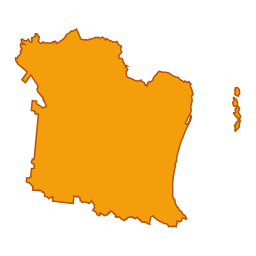 Hinchinbrook, Queensland, Australia (Robinson projection)
{"feature_id": "25037944B17459590153092", "entity_name": "Hinchinbrook", "entity_type": "district", "adm_level": 2, "iso_a3": "AUS", "parent_name": "Australia", "parent_adm1": "Queensland", "projection": "robinson", "projection_center": [146.068, -18.658], "detail": "fine", "context": "isolated", "style": "filled", "palette": "amber", "viewbox_px": 256, "rotation_deg": 0, "n_neighbors": 0, "source": "geoboundaries", "source_scale": "gbopen_adm2", "svg_char_len": 5702}
<svg xmlns="http://www.w3.org/2000/svg" viewBox="0 0 256 256"><path d="M21.1,39.7L21.5,40.2L21.3,41.3L21.7,42.2L24.5,44.3L20.6,43.8L20.4,46.1L21.9,49.2L21.1,49.8L21.2,51.0L20.3,51.5L20.7,52.9L20.4,54.1L18.0,56.4L17.2,58.1L16.6,58.3L15.7,57.9L15.4,58.9L16.3,61.8L17.4,61.9L17.3,63.5L27.4,72.0L21.9,79.7L25.4,82.7L30.9,75.0L37.6,85.2L37.9,87.0L36.9,89.2L37.6,90.4L37.9,92.1L39.1,92.9L39.3,93.9L40.1,94.2L40.5,94.9L41.0,95.1L41.1,96.0L43.3,97.5L42.9,98.9L43.4,99.2L43.4,100.6L44.2,100.8L44.1,101.5L44.8,102.2L45.5,104.5L46.5,105.8L45.7,107.0L44.9,107.0L44.1,107.5L43.2,107.5L43.0,107.9L36.4,103.6L36.7,101.2L32.3,100.7L31.3,110.5L34.2,110.9L34.3,111.5L35.3,112.3L35.0,113.8L38.4,114.2L34.2,158.5L33.8,158.5L33.7,159.2L32.3,159.2L32.4,160.5L31.7,160.9L31.3,162.4L32.4,163.6L33.4,163.7L34.1,165.0L34.4,165.8L34.0,166.6L34.2,168.3L32.0,168.7L31.5,168.6L30.8,175.5L31.2,176.2L31.0,176.9L29.5,177.5L29.3,178.0L27.6,178.1L26.9,177.8L26.5,178.3L26.8,178.9L26.3,181.4L27.4,182.6L29.3,182.6L29.5,183.2L31.0,184.3L31.9,185.8L32.9,186.2L32.6,190.1L38.0,190.5L39.0,190.8L39.4,189.9L41.2,190.7L41.2,191.1L41.8,191.4L42.3,192.2L43.3,191.8L44.2,193.0L44.6,194.4L44.7,196.2L47.6,197.2L48.8,198.7L50.1,197.6L51.8,197.3L52.5,196.6L52.8,196.7L52.5,201.1L73.2,203.5L73.9,195.8L76.6,197.0L77.1,197.0L77.1,196.7L78.0,196.2L79.8,198.2L80.4,198.3L80.1,199.2L80.2,200.5L81.4,201.2L81.6,202.0L82.1,202.4L85.2,201.8L86.6,202.6L88.4,202.9L88.7,203.3L89.5,203.2L91.5,200.6L91.9,201.7L94.3,204.6L94.4,208.0L93.3,209.2L92.8,210.4L95.3,211.5L96.4,212.9L96.7,214.3L98.8,215.7L99.5,215.5L100.0,214.9L99.7,213.4L100.4,212.9L101.8,214.1L103.0,214.5L104.5,215.7L105.7,214.8L106.2,215.0L107.5,214.9L108.4,212.8L108.9,213.2L110.1,212.4L110.5,211.0L110.8,211.0L112.7,211.9L113.3,212.6L113.5,213.8L115.0,214.2L115.7,215.6L115.2,216.4L115.5,216.9L115.8,217.0L116.5,216.4L117.1,217.3L117.6,217.5L118.6,216.6L119.3,216.5L119.8,217.5L121.8,219.3L124.3,220.4L125.1,220.1L125.8,218.8L126.8,219.1L126.8,218.2L129.0,217.2L130.4,217.2L130.8,216.8L131.7,217.3L133.1,217.1L133.8,218.2L135.0,218.3L135.4,218.7L135.9,218.5L136.3,217.6L137.1,217.0L138.1,218.2L138.3,219.0L138.8,219.0L140.3,219.9L140.2,220.2L140.7,220.1L140.9,221.2L141.4,221.7L142.1,221.7L142.5,222.3L143.7,221.9L145.1,222.5L145.5,222.1L148.2,223.9L149.8,224.1L149.4,223.2L149.8,222.0L149.5,221.4L150.7,219.5L149.9,218.4L150.8,217.1L153.0,215.7L154.2,217.4L157.4,220.0L164.2,223.5L166.6,223.9L167.4,224.3L168.7,226.7L169.6,226.2L171.7,226.4L172.9,226.9L174.2,225.8L174.8,226.5L176.2,226.8L176.3,225.5L177.2,223.5L176.7,222.1L177.0,221.0L177.8,220.8L178.9,221.8L179.5,222.0L181.6,220.8L181.7,218.9L182.3,218.3L184.0,218.4L185.4,219.1L186.7,218.8L184.8,215.2L183.4,214.7L181.1,211.4L179.3,210.0L178.3,207.8L177.0,206.9L175.0,202.7L175.0,200.8L174.6,199.1L173.5,198.8L172.5,195.1L172.8,193.9L172.6,183.8L173.4,175.8L175.5,165.1L175.5,164.4L175.2,164.0L175.5,162.8L176.2,162.2L176.7,158.9L176.6,157.4L180.3,143.7L186.0,129.4L190.6,120.1L191.4,116.5L191.0,115.7L190.1,117.9L189.9,119.8L188.4,123.0L187.0,124.1L185.4,123.7L185.5,122.3L186.7,121.0L187.7,118.2L190.8,112.5L191.2,110.7L191.1,109.4L190.8,109.2L190.9,106.1L192.2,100.9L191.5,95.9L193.1,94.7L192.9,93.0L192.4,92.2L192.0,90.2L190.3,85.9L190.2,85.2L190.9,84.3L190.9,83.7L189.4,82.8L189.5,82.0L188.1,81.7L188.0,82.4L186.8,82.3L185.0,81.0L185.0,81.4L183.7,82.1L182.3,80.8L180.5,79.9L178.3,77.5L175.4,76.9L172.7,75.6L168.6,72.9L165.5,72.2L162.7,72.2L159.3,71.2L157.6,72.7L153.6,77.5L152.6,80.3L150.4,82.1L149.4,81.5L147.8,82.6L147.9,84.3L146.5,84.8L146.9,85.9L146.2,85.5L145.5,85.5L144.7,84.5L144.6,83.0L141.4,80.9L141.0,80.0L140.1,80.7L139.1,80.6L137.6,81.1L135.0,80.5L132.3,78.9L129.7,78.2L129.0,77.5L127.7,77.4L126.3,75.2L126.3,73.6L125.8,73.0L126.4,71.8L126.2,71.2L127.4,70.5L127.7,69.5L126.7,68.0L125.4,67.3L126.3,66.2L127.3,66.1L126.5,65.6L125.4,65.5L124.5,64.5L124.0,63.0L123.4,62.4L122.6,59.1L121.3,58.3L119.5,58.4L118.8,57.4L119.4,54.6L120.0,54.3L121.8,52.1L120.9,50.4L120.6,48.4L121.5,46.7L121.4,46.2L119.1,45.0L117.3,42.4L117.1,41.5L113.3,42.1L110.8,40.8L109.7,40.6L106.5,38.6L105.6,40.0L105.0,39.7L104.7,38.8L102.4,37.0L100.1,38.4L99.0,37.8L98.5,37.2L97.4,37.6L95.3,37.3L94.4,38.2L93.4,38.2L92.3,38.9L89.7,39.0L89.1,39.6L87.2,40.1L86.1,39.5L84.8,40.0L80.9,39.2L76.6,29.1L72.6,31.2L71.6,30.9L70.7,31.4L69.2,33.2L67.1,34.1L65.3,36.2L65.3,37.1L64.1,38.4L62.4,39.6L62.0,40.3L60.2,41.1L58.8,42.7L57.8,42.8L56.8,43.6L56.1,42.9L56.1,41.9L55.0,41.1L54.4,41.3L54.3,42.0L52.7,41.9L52.7,42.6L50.1,43.0L48.4,43.1L47.5,42.7L44.9,43.2L43.1,41.8L42.2,42.5L42.0,43.4L41.0,43.5L39.2,42.4L38.2,40.4L38.9,39.5L39.2,36.7L38.2,36.4L38.1,35.6L37.4,34.3L36.8,33.8L36.3,34.0L36.1,33.6L35.5,33.8L35.0,34.6L35.6,36.4L33.5,37.0L33.0,37.8L31.8,37.7L32.0,38.4L31.6,38.8L31.9,39.8L31.7,40.3L32.2,41.0L32.2,41.5L31.3,42.2L30.0,41.9L28.4,39.2L28.1,39.1L27.9,39.9L26.4,40.8L25.5,40.5L24.7,41.0L22.2,39.0L21.1,39.7ZM233.5,113.2L235.3,115.8L236.0,116.0L236.3,117.1L237.7,118.3L238.3,119.7L237.7,121.8L236.8,122.1L236.5,122.8L235.7,123.1L236.1,124.6L235.4,125.4L234.5,125.2L235.2,128.1L234.9,130.7L235.2,131.1L235.7,131.0L236.2,130.6L236.3,129.6L238.0,128.7L239.2,127.2L239.5,126.5L239.2,124.6L239.7,123.2L239.5,121.8L240.3,121.3L239.6,118.7L239.6,117.8L240.6,117.2L240.6,116.1L238.3,112.5L238.3,111.2L239.2,110.2L239.1,109.0L239.6,108.6L237.5,105.5L237.5,102.2L236.1,99.2L233.7,97.4L233.4,98.1L234.1,100.5L232.7,102.4L232.8,103.5L233.6,105.9L234.8,106.4L235.3,105.8L235.6,106.0L236.4,106.6L236.7,108.0L235.1,109.0L235.6,112.3L235.1,112.9L233.6,112.7L233.5,113.2ZM239.7,93.4L239.3,89.7L237.5,87.6L235.7,87.6L235.2,88.1L235.2,89.6L234.8,90.2L235.2,91.8L234.8,94.3L236.8,95.8L238.4,96.0L238.5,95.3L239.7,93.4Z" fill="#f59e0b" stroke="#b45309" stroke-width="1.5"/></svg>